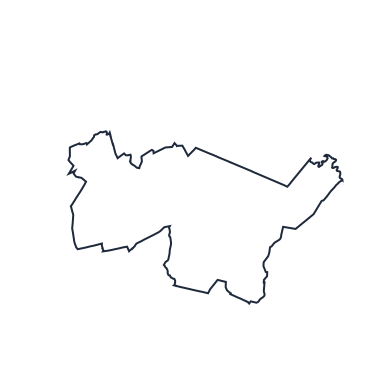 Daukstu pag., Gulbene, Latvia, rotated 310°
{"feature_id": "27541924B23871708016043", "entity_name": "Daukstu pag.", "entity_type": "district", "adm_level": 2, "iso_a3": "LVA", "parent_name": "Latvia", "parent_adm1": "Gulbene", "projection": "natural_earth1", "projection_center": [26.741, 57.077], "detail": "fine", "context": "isolated", "style": "outline", "palette": "slate", "viewbox_px": 384, "rotation_deg": 310, "n_neighbors": 0, "source": "geoboundaries", "source_scale": "gbopen_adm2", "svg_char_len": 5790}
<svg xmlns="http://www.w3.org/2000/svg" viewBox="0 0 384 384"><g transform="rotate(310 192 192)"><path d="M297.6,299.8L298.0,299.4L298.2,299.0L298.3,298.3L298.0,297.3L297.9,296.7L297.9,296.1L298.0,295.8L298.3,295.5L299.5,294.8L300.6,294.4L302.1,293.2L302.4,292.9L302.7,292.2L302.6,291.7L301.5,289.9L301.4,289.6L301.4,289.3L301.5,289.0L301.7,288.8L302.3,288.5L303.4,288.4L303.9,288.2L304.6,287.8L304.8,287.5L304.7,287.2L303.9,286.2L303.1,285.6L301.8,285.2L300.8,284.3L300.7,284.1L300.7,283.9L300.8,283.6L302.1,282.9L303.9,281.6L304.6,281.5L306.2,281.7L307.0,282.0L307.5,282.1L308.6,282.1L309.2,281.8L309.3,281.5L309.2,281.3L309.2,280.4L308.5,279.6L308.3,279.1L308.3,278.9L308.5,278.7L308.5,278.3L308.4,278.2L307.8,277.7L308.1,275.6L308.0,274.1L308.0,273.1L307.8,272.6L307.0,271.3L306.8,270.9L305.8,270.4L305.1,270.3L304.7,270.3L305.0,271.2L305.4,271.6L306.3,272.2L306.4,272.5L306.1,272.8L305.5,273.3L305.3,273.5L305.1,274.2L304.3,274.4L303.6,274.6L302.6,274.6L301.2,274.4L300.6,274.2L300.3,274.0L300.2,273.1L300.0,272.6L299.6,272.3L298.6,271.9L298.2,272.2L298.1,272.4L298.3,272.8L298.4,273.0L298.4,273.3L298.1,273.6L297.8,273.8L296.8,274.1L296.0,274.2L295.0,273.7L293.2,273.3L292.9,273.2L292.7,273.0L292.7,272.6L292.8,272.4L293.1,272.0L293.5,271.8L294.9,271.4L295.3,271.3L296.0,270.9L296.2,270.7L296.3,270.4L295.1,269.1L294.7,268.8L294.3,268.3L293.9,268.2L292.4,267.9L292.0,267.7L291.8,267.3L291.7,266.7L291.9,265.2L291.6,264.7L291.4,263.8L291.3,263.6L291.4,263.0L292.0,262.1L292.2,261.9L292.5,261.7L292.9,261.6L294.0,261.5L294.0,261.3L262.9,261.6L262.6,261.7L259.9,261.7L257.3,261.6L256.3,257.7L254.5,251.9L254.5,251.7L253.7,249.3L253.7,249.2L246.2,224.5L246.3,224.4L242.8,213.2L242.7,212.9L239.9,203.8L239.6,203.1L239.4,202.4L239.5,202.4L239.4,202.1L236.8,193.8L236.0,191.4L234.1,184.8L233.6,183.3L232.4,179.7L228.3,166.5L225.7,166.5L222.7,166.2L217.1,165.8L218.6,161.9L219.8,159.0L221.3,154.8L219.6,153.0L219.5,152.8L218.2,151.4L217.6,151.0L217.7,150.9L218.2,147.2L213.7,147.8L209.0,143.0L197.0,137.7L198.8,135.9L198.4,134.1L196.9,133.6L188.8,131.1L187.0,130.5L186.5,130.6L186.3,130.8L184.9,132.2L184.7,132.5L183.2,133.9L182.9,134.1L177.6,135.6L176.4,136.3L175.6,135.0L175.2,134.2L175.1,133.6L175.2,132.0L174.9,128.9L174.8,128.3L174.7,128.3L174.7,126.8L174.8,126.6L175.1,126.2L175.1,125.9L175.3,125.5L175.5,125.6L176.3,124.8L176.7,124.5L176.5,124.4L178.1,123.6L179.8,122.5L180.1,122.2L181.0,120.9L178.8,119.2L177.6,117.6L177.9,115.2L174.5,114.3L170.1,113.3L171.4,110.6L171.8,109.5L172.6,108.1L177.8,100.9L177.5,100.8L180.8,96.0L182.2,94.1L182.2,93.7L182.5,93.5L182.9,92.9L183.1,93.0L184.7,90.7L183.0,91.0L181.6,90.2L181.2,90.0L181.1,89.9L181.1,89.7L181.7,89.4L182.5,88.9L182.7,88.6L183.2,87.9L183.0,87.6L183.2,87.4L183.2,87.2L182.9,86.8L181.7,86.2L181.5,85.9L181.1,85.6L180.6,85.5L180.1,85.0L179.6,84.0L179.4,83.5L178.8,83.2L177.4,82.7L176.6,82.7L175.3,82.2L174.8,81.9L174.4,81.3L174.3,81.2L174.0,81.2L172.8,80.6L171.9,80.9L171.3,81.5L170.2,81.5L166.7,81.8L160.9,80.9L161.6,79.7L158.1,77.4L156.4,75.2L156.8,74.5L152.0,71.9L149.4,70.6L147.9,69.9L147.4,69.9L140.9,75.5L137.1,76.8L136.6,79.0L136.0,84.3L135.9,84.4L133.0,84.9L126.8,85.9L129.7,87.3L133.2,88.7L130.2,89.3L129.9,90.0L129.2,93.2L130.2,95.2L130.2,95.4L130.3,95.4L131.8,98.2L131.8,99.5L131.8,99.9L131.8,104.2L127.4,105.1L120.5,106.2L112.8,107.1L109.1,107.7L104.2,108.3L103.2,108.3L102.8,109.1L101.9,110.3L99.6,113.6L98.1,115.8L91.2,120.8L89.7,121.8L88.8,122.5L88.5,122.6L87.1,123.6L84.5,126.7L77.9,134.2L75.0,139.2L75.0,140.3L74.7,141.2L80.8,146.0L85.2,149.2L87.8,151.3L90.2,153.0L94.6,156.1L92.9,157.5L92.2,158.5L92.0,159.0L91.6,159.2L91.2,159.5L91.4,159.8L91.0,160.3L90.6,161.2L90.4,161.5L90.0,161.7L89.2,161.9L90.5,163.1L91.6,164.0L92.4,164.8L94.8,166.8L98.7,169.8L101.9,172.3L104.9,174.5L108.4,177.4L106.2,181.9L107.0,181.9L109.4,182.4L109.6,182.6L110.2,182.5L110.5,182.5L110.6,182.8L111.6,182.8L113.1,182.9L113.4,183.0L114.9,182.7L116.8,182.6L117.8,183.0L122.0,184.9L124.7,185.9L134.1,190.0L140.3,192.5L142.2,192.9L147.2,193.4L151.6,196.9L150.6,197.1L149.8,197.5L149.6,197.7L148.8,199.1L148.2,199.6L147.5,200.6L146.6,201.2L145.4,201.6L144.2,202.3L143.8,202.7L143.5,203.1L143.5,204.1L143.4,204.3L142.2,205.8L139.7,208.5L138.7,209.3L137.8,209.9L133.7,212.0L130.2,214.5L124.9,217.3L123.7,217.4L122.3,216.9L120.8,216.8L120.1,216.9L117.9,217.4L117.9,218.0L117.9,218.4L117.8,218.7L117.4,219.5L117.2,221.0L117.2,221.6L116.9,222.2L116.4,223.3L115.7,224.3L114.1,225.6L113.8,226.4L113.3,227.1L113.4,228.1L113.9,228.8L113.3,229.7L113.0,230.7L113.0,231.0L113.3,231.4L113.3,231.7L113.3,232.2L113.3,232.6L113.6,233.5L114.0,234.0L114.1,234.4L113.7,235.0L113.6,235.4L113.2,236.1L111.8,237.3L111.5,237.3L111.1,237.5L110.7,237.9L110.1,238.1L109.5,238.3L109.0,238.2L109.8,239.7L109.6,239.8L111.6,243.7L112.2,245.0L113.1,246.7L119.9,260.0L121.2,262.5L121.2,262.4L121.3,262.5L124.8,269.4L129.1,268.4L141.1,268.1L142.5,270.8L143.0,272.0L144.9,275.7L140.7,279.0L139.2,282.0L139.1,284.6L139.3,286.8L138.4,287.0L139.2,289.8L140.4,294.2L141.5,297.6L142.5,301.5L143.5,304.9L143.4,304.9L143.5,305.2L143.5,305.7L143.3,307.5L146.0,307.3L148.6,312.5L150.2,313.3L151.2,313.3L152.9,313.1L153.9,313.1L156.6,313.9L158.1,314.1L159.1,314.1L160.3,313.4L161.9,311.1L162.5,310.5L166.5,307.7L168.3,306.4L168.2,306.4L168.6,305.2L170.7,303.8L170.9,303.6L175.8,303.6L177.6,302.2L179.0,301.1L178.2,300.0L178.2,299.8L181.1,294.5L182.8,293.1L184.4,292.0L191.9,291.6L195.4,290.1L199.8,287.3L200.0,287.3L201.5,287.9L206.0,287.8L208.3,288.5L210.9,289.4L212.4,289.7L213.5,289.6L214.5,289.2L215.5,288.7L216.2,288.1L223.9,284.2L230.3,295.1L253.2,299.4L268.1,297.1L268.6,297.1L269.2,297.4L269.8,298.0L270.2,298.1L275.4,298.2L281.4,297.8L287.1,298.1L290.2,298.0L291.8,298.3L294.2,298.4L297.4,299.4L297.6,299.5L297.6,299.8Z" fill="none" stroke="#1e293b" stroke-width="2"/></g></svg>